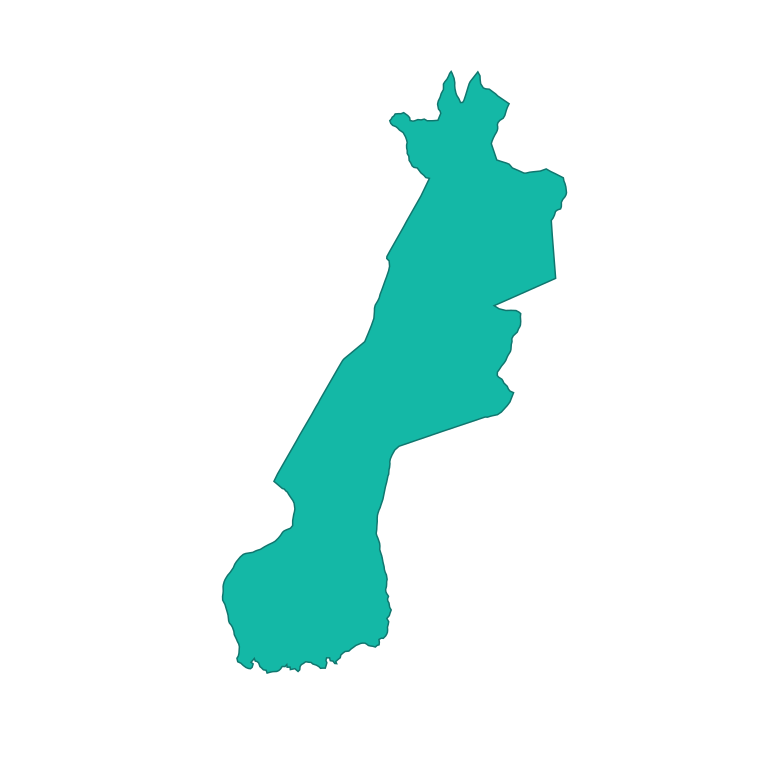 the district of Alto Boa Vista, Mato Grosso, Brazil, rotated 303°
{"feature_id": "56859067B16617747139369", "entity_name": "Alto Boa Vista", "entity_type": "district", "adm_level": 2, "iso_a3": "BRA", "parent_name": "Brazil", "parent_adm1": "Mato Grosso", "projection": "orthographic", "projection_center": [-51.775, -11.788], "detail": "fine", "context": "isolated", "style": "filled", "palette": "teal", "viewbox_px": 768, "rotation_deg": 303, "n_neighbors": 0, "source": "geoboundaries", "source_scale": "gbopen_adm2", "svg_char_len": 5166}
<svg xmlns="http://www.w3.org/2000/svg" viewBox="0 0 768 768"><g transform="rotate(303 384 384)"><path d="M654.6,422.1L653.7,413.4L653.0,408.1L652.7,402.9L647.7,399.1L643.6,394.0L641.1,391.0L638.1,388.1L637.1,386.5L636.3,380.9L635.1,374.0L636.5,369.3L636.0,366.5L634.2,360.1L633.3,356.6L644.0,343.1L646.3,342.4L649.8,341.7L653.5,341.3L656.3,341.2L658.2,340.9L660.0,340.3L661.7,339.2L663.1,337.9L665.3,337.2L668.3,337.6L671.8,339.2L674.9,339.1L680.6,337.4L683.2,336.8L687.2,336.3L687.5,322.5L688.1,319.7L688.3,316.3L688.6,311.8L686.9,308.5L686.4,306.0L688.5,301.5L692.0,298.6L694.7,296.7L696.9,292.7L684.6,291.6L682.1,291.9L678.2,293.0L670.6,295.2L665.2,296.6L663.0,296.6L661.7,294.9L664.0,291.5L665.7,287.8L667.3,285.7L670.4,282.6L672.7,280.8L675.2,279.3L678.5,276.3L681.7,271.9L682.7,270.1L680.3,269.9L677.2,270.5L674.0,270.8L670.4,270.4L667.9,270.5L665.2,272.3L663.2,273.5L661.4,273.6L658.7,273.8L655.0,274.9L650.9,275.4L647.9,276.5L644.3,279.9L643.4,282.5L641.9,284.2L634.5,285.6L631.5,281.7L628.3,276.9L628.1,273.5L625.7,271.3L624.2,268.4L621.5,266.4L620.2,265.1L619.2,262.4L621.3,260.5L622.1,257.7L622.3,252.7L619.9,251.0L618.6,248.9L616.6,246.3L614.1,246.3L612.3,245.6L609.8,245.8L608.0,245.4L606.3,247.7L605.6,250.4L606.3,253.7L606.1,256.0L605.4,258.6L605.3,263.1L603.0,267.4L601.1,269.9L599.2,271.9L596.7,272.8L594.2,274.5L592.6,276.2L589.9,278.0L588.5,280.8L585.2,283.3L584.0,286.0L582.2,288.9L582.0,291.1L583.3,294.2L582.0,297.8L581.2,299.9L580.7,304.0L579.9,306.6L581.2,310.1L561.7,312.6L533.1,314.3L527.1,314.8L517.4,315.4L498.9,316.5L492.5,317.0L490.7,318.0L490.0,321.3L485.7,324.6L481.5,326.2L474.8,327.9L471.5,328.6L466.5,329.8L464.4,330.3L461.8,330.9L457.1,331.9L453.6,333.1L450.5,333.5L445.4,333.7L442.5,334.7L439.4,336.6L433.5,339.8L426.1,341.6L417.9,343.2L409.0,344.8L383.4,336.8L381.3,336.5L378.1,336.6L372.0,336.9L335.6,338.9L333.3,339.2L327.4,339.4L319.1,340.0L295.4,341.1L288.6,341.6L250.6,343.7L242.4,344.7L241.0,355.6L241.6,357.7L240.9,359.6L240.7,361.9L239.5,364.2L237.7,368.4L236.7,371.0L235.0,373.6L230.7,377.3L228.0,378.5L225.5,379.3L219.7,381.8L215.5,384.5L212.1,384.1L208.3,381.4L206.3,380.2L204.4,379.7L200.5,379.7L197.0,379.3L193.0,378.4L190.5,377.2L186.3,374.6L182.5,372.5L178.0,370.4L175.5,368.3L174.0,367.2L171.4,365.7L166.5,360.3L164.5,358.8L160.8,357.7L154.9,357.0L151.6,357.0L147.9,357.7L142.3,357.6L138.7,357.1L136.7,357.1L133.7,357.2L131.3,357.6L128.4,358.5L126.6,359.3L122.7,362.0L120.6,363.1L117.9,364.3L114.9,366.4L112.5,370.7L110.6,372.9L107.2,376.9L105.1,379.2L100.8,382.7L99.4,384.5L98.5,387.3L97.5,389.3L94.9,392.7L92.2,395.0L89.6,399.3L88.1,401.5L86.9,403.7L84.9,405.8L79.2,409.0L76.4,410.0L73.9,410.0L71.4,412.6L71.9,416.0L71.3,419.3L71.1,422.7L71.6,425.2L72.5,427.1L74.6,427.7L78.0,426.7L78.2,424.0L81.2,424.5L83.2,424.7L81.5,426.9L82.1,428.7L81.8,430.8L79.4,433.9L79.2,435.8L78.6,438.5L79.7,441.1L77.9,443.4L80.3,445.5L82.2,447.4L84.5,450.6L86.3,451.8L88.5,452.4L91.7,452.5L93.1,454.9L95.7,455.3L93.7,457.0L95.4,459.5L93.5,461.0L96.7,464.3L96.1,468.5L98.4,469.0L101.3,467.5L103.6,467.5L106.0,468.7L108.4,469.6L109.7,472.5L110.8,474.5L110.4,476.7L111.4,480.5L111.5,483.4L111.0,485.6L112.3,487.3L113.7,489.5L116.6,488.7L119.1,487.9L120.6,485.8L123.1,485.0L124.7,487.5L122.7,489.6L123.8,492.2L122.8,494.9L123.7,496.6L124.9,494.7L128.0,495.5L130.6,496.4L133.2,495.4L135.9,496.1L138.4,497.0L140.9,500.0L144.1,500.8L146.6,501.8L149.6,502.9L151.9,504.5L153.7,505.7L155.0,507.1L156.3,509.2L156.4,511.4L156.2,513.3L156.9,515.3L157.9,517.4L158.7,520.0L161.0,520.6L162.6,521.9L165.0,520.7L167.0,518.9L169.4,520.2L170.3,521.9L173.6,522.6L175.7,522.5L177.6,522.1L179.7,521.0L182.0,519.3L184.6,518.5L187.2,517.4L188.9,514.1L192.6,514.6L195.0,513.9L198.4,513.1L199.8,510.4L203.1,507.4L204.0,505.5L205.7,504.0L208.4,503.4L209.8,500.2L210.9,498.6L212.5,497.3L215.6,496.3L217.9,495.0L219.6,493.9L221.9,493.0L225.2,490.0L226.8,487.5L228.5,485.5L231.0,483.4L234.2,480.0L237.2,477.2L238.9,475.4L240.7,473.1L242.8,470.6L245.9,468.8L248.1,467.0L249.9,464.7L251.4,462.8L253.0,460.4L254.5,458.8L257.9,457.2L260.6,455.6L265.2,453.1L267.4,451.6L270.3,450.0L272.8,449.2L275.5,448.5L278.2,448.1L279.9,447.6L283.8,446.6L286.9,445.8L298.5,441.2L303.1,439.7L309.0,437.4L310.8,437.1L315.0,434.8L316.9,434.2L320.4,432.4L321.9,431.2L324.7,430.1L328.7,429.4L334.5,429.0L340.0,430.5L376.1,458.8L411.4,486.8L412.6,488.9L414.8,490.7L416.4,492.2L418.0,493.8L420.1,495.9L424.4,497.7L432.9,499.1L437.6,499.4L442.9,498.3L447.3,497.4L446.7,493.6L447.5,491.1L449.2,488.6L449.8,485.6L450.2,483.8L451.3,482.2L452.2,480.3L452.2,476.2L452.9,474.3L455.8,472.6L458.3,472.8L462.9,472.8L467.4,473.3L470.1,473.3L473.8,472.6L475.6,472.4L480.1,472.3L482.2,471.6L486.5,469.2L489.2,468.3L491.7,466.5L494.8,466.2L500.1,467.5L503.5,466.8L506.0,466.7L507.8,466.3L510.9,464.6L514.8,461.7L517.5,460.3L517.8,458.0L517.5,454.7L515.0,450.5L512.0,446.1L509.7,439.4L509.7,433.7L516.1,437.9L566.1,470.4L601.2,443.5L612.3,435.2L615.2,435.4L618.3,435.0L622.1,433.9L624.5,434.7L627.0,436.7L629.2,436.2L630.9,435.2L633.0,433.8L636.1,433.4L639.5,433.8L641.8,433.6L643.8,432.9L648.3,429.2L650.6,426.7L652.2,424.4L654.6,422.1Z" fill="#14b8a6" stroke="#0f766e" stroke-width="1.5"/></g></svg>